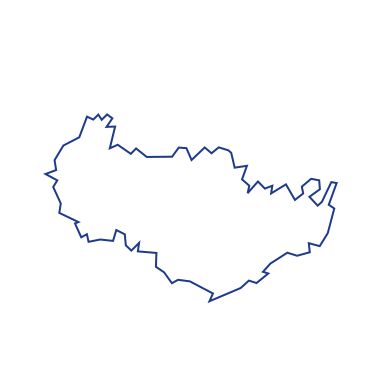 the district of Grainger, Tennessee, United States of America, rotated 227°
{"feature_id": "52423323B64097397586562", "entity_name": "Grainger", "entity_type": "district", "adm_level": 2, "iso_a3": "USA", "parent_name": "United States of America", "parent_adm1": "Tennessee", "projection": "albers", "projection_center": [-83.509, 36.251], "detail": "fine", "context": "isolated", "style": "outline", "palette": "blue", "viewbox_px": 384, "rotation_deg": 227, "n_neighbors": 0, "source": "geoboundaries", "source_scale": "gbopen_adm2", "svg_char_len": 1194}
<svg xmlns="http://www.w3.org/2000/svg" viewBox="0 0 384 384"><g transform="rotate(227 192 192)"><path d="M65.3,248.5L69.3,263.2L82.9,284.8L89.4,283.3L99.9,303.9L104.2,300.6L96.2,280.3L96.3,274.6L108.4,274.6L106.8,287.4L113.8,293.0L120.4,288.1L121.0,276.0L115.1,272.3L116.0,261.9L133.5,265.9L137.0,248.9L141.8,255.0L144.8,247.6L154.7,247.4L153.2,231.9L157.5,238.2L167.1,237.2L173.7,250.0L180.7,239.8L193.9,247.4L197.7,247.0L206.4,242.0L207.0,232.7L215.9,231.7L215.7,213.5L227.9,217.8L233.5,212.6L231.4,201.5L248.5,182.8L262.0,180.8L261.6,173.3L277.2,169.9L280.0,161.7L292.3,180.4L297.9,173.9L300.2,184.0L306.6,182.8L306.4,175.2L312.5,176.3L312.3,169.2L318.7,166.6L308.9,146.9L313.7,129.6L309.0,113.2L300.7,107.6L305.1,97.1L292.4,101.4L290.3,93.9L273.1,88.2L267.2,80.7L247.5,88.4L248.8,85.0L234.4,80.1L232.8,86.3L226.1,82.4L219.9,92.4L210.1,100.9L215.8,110.7L206.9,114.0L198.1,107.2L190.5,107.7L190.9,118.6L185.5,111.9L171.7,124.4L161.9,114.6L152.3,116.8L139.0,115.1L137.3,121.9L128.1,129.5L103.5,138.1L100.2,130.3L88.6,162.1L88.4,173.2L81.4,177.1L80.4,192.2L85.2,189.5L86.2,200.6L82.6,220.3L73.7,225.4L67.6,237.0L74.9,242.5L65.3,248.5Z" fill="none" stroke="#1e3a8a" stroke-width="2"/></g></svg>